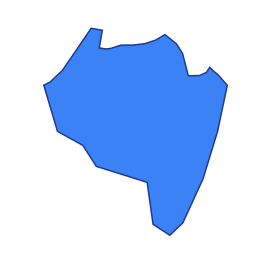 Hartlepool, Mercator projection, rotated 280°
{"feature_id": "GBR-2030", "entity_name": "Hartlepool", "entity_type": "Unitary Authority", "adm_level": 1, "iso_a3": "GBR", "parent_name": "United Kingdom", "parent_adm1": "", "projection": "mercator", "projection_center": [-1.233, 54.666], "detail": "fine", "context": "isolated", "style": "filled", "palette": "blue", "viewbox_px": 256, "rotation_deg": 280, "n_neighbors": 0, "source": "natural_earth", "source_scale": "10m", "svg_char_len": 561}
<svg xmlns="http://www.w3.org/2000/svg" viewBox="0 0 256 256"><g transform="rotate(280 128 128)"><path d="M155.5,37.6L159.8,43.3L173.3,53.4L219.8,74.4L219.8,85.8L201.9,85.8L202.0,92.7L203.5,97.4L208.4,106.7L210.6,118.9L214.0,130.0L219.2,139.7L226.4,148.2L219.2,161.2L210.8,168.8L189.9,178.3L192.1,189.3L196.4,195.6L201.9,198.0L199.3,201.7L195.9,207.7L187.2,218.4L185.1,218.3L140.3,216.8L90.9,210.7L44.2,198.5L29.6,187.8L37.5,169.4L77.8,156.3L84.7,103.5L103.0,86.6L112.5,59.1L151.8,39.5L155.5,37.6Z" fill="#3b82f6" stroke="#1e3a8a" stroke-width="1.5"/></g></svg>